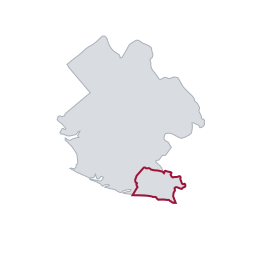 Gabon, with Nyanga highlighted, rotated 320°
{"feature_id": "GAB-2623", "entity_name": "Nyanga", "entity_type": "Province", "adm_level": 1, "iso_a3": "GAB", "parent_name": "Gabon", "parent_adm1": "", "projection": "natural_earth1", "projection_center": [11.138, -3.095], "detail": "fine", "context": "in_parent", "style": "outline", "palette": "rose", "viewbox_px": 256, "rotation_deg": 320, "n_neighbors": 0, "source": "natural_earth", "source_scale": "10m", "svg_char_len": 4970}
<svg xmlns="http://www.w3.org/2000/svg" viewBox="0 0 256 256"><g transform="rotate(320 128 128)"><path d="M169.5,44.0L169.3,46.0L167.4,50.8L166.5,54.5L166.3,58.5L166.8,61.7L167.7,63.9L168.3,66.4L167.9,68.1L167.0,68.9L167.6,69.8L169.0,70.0L171.4,69.2L175.1,67.9L179.9,66.0L183.1,64.9L188.3,65.6L191.1,66.3L192.5,67.7L194.1,73.3L194.8,74.2L196.1,76.6L197.2,79.5L197.4,81.0L197.3,82.1L196.2,83.6L195.0,86.0L194.6,87.4L193.6,88.4L192.3,89.4L188.8,89.8L188.3,90.4L187.3,92.9L185.5,95.0L184.6,96.9L183.9,99.6L184.0,102.8L183.7,107.5L183.3,110.7L184.2,111.8L188.4,112.6L189.2,113.2L190.3,115.2L191.7,117.0L195.6,118.2L197.0,119.6L198.3,121.1L198.4,122.4L197.5,127.5L196.7,132.4L197.0,136.1L197.3,139.6L197.8,144.8L197.6,148.0L196.5,149.9L196.5,151.4L197.0,153.2L196.0,158.2L195.4,159.1L193.7,160.0L192.8,161.4L192.5,163.5L191.6,166.4L190.6,167.5L190.6,168.8L191.6,169.8L191.5,171.3L189.8,173.1L188.8,174.5L186.5,175.2L183.9,174.5L183.3,173.5L183.9,171.9L183.7,170.7L182.8,169.3L181.4,166.0L180.2,165.2L179.5,166.6L177.4,169.2L173.6,172.5L171.0,172.8L166.2,171.8L162.1,170.2L160.2,166.3L159.0,163.1L157.3,159.4L155.3,157.7L153.3,156.5L152.3,156.5L149.4,158.5L148.5,159.3L148.5,161.1L148.8,162.7L149.2,163.5L149.6,164.5L149.5,166.1L149.0,168.3L148.8,170.6L139.5,173.0L137.9,172.1L136.7,171.1L135.3,171.3L131.3,172.5L129.8,171.6L128.3,171.0L127.7,171.5L127.6,172.5L128.3,178.1L128.1,180.3L127.2,183.0L126.7,184.9L129.1,185.5L130.0,186.3L130.9,187.8L132.1,189.1L132.2,189.9L130.8,191.3L130.4,193.1L131.0,194.5L132.7,196.0L135.1,197.5L136.3,198.5L136.2,199.4L135.1,201.4L134.6,203.0L133.9,204.5L134.0,205.9L135.1,207.2L135.0,208.3L134.3,209.2L132.7,209.0L131.4,209.1L130.3,208.8L126.7,204.3L125.9,204.2L120.6,207.6L119.3,209.0L118.2,211.0L116.7,215.4L114.4,212.8L112.3,208.2L109.9,205.4L104.8,200.8L103.5,197.4L97.7,189.9L89.4,182.4L83.3,176.0L82.4,174.5L83.5,174.7L89.3,177.9L90.0,177.6L90.7,176.8L88.2,175.2L85.8,173.8L83.6,173.0L81.3,173.1L80.1,171.7L79.2,169.6L78.8,167.8L77.8,166.0L74.6,162.1L73.9,160.6L72.1,158.6L73.2,158.3L76.6,160.3L76.9,159.5L76.6,158.4L73.2,156.5L71.3,156.4L70.9,155.1L71.1,153.6L68.7,148.0L66.1,143.8L65.7,141.9L72.6,151.0L73.5,151.1L74.7,151.0L77.6,150.0L77.0,148.8L75.8,147.5L74.5,148.1L72.9,148.2L72.0,147.7L71.7,146.7L73.3,142.3L72.6,142.5L72.1,143.3L71.2,143.7L69.8,143.9L66.4,141.6L63.4,135.2L62.6,133.9L61.8,131.6L61.0,130.7L57.6,121.6L58.9,122.3L60.5,124.9L63.5,124.4L64.7,122.8L65.8,122.9L66.8,122.6L68.2,121.1L72.1,114.9L73.1,106.6L72.8,101.7L72.2,96.8L73.5,95.3L74.0,96.3L74.2,98.0L74.8,99.3L76.2,100.4L78.8,100.8L82.8,102.6L84.2,103.7L84.6,101.4L89.2,99.5L87.8,98.8L83.8,99.5L78.1,96.6L76.3,94.7L74.5,91.2L72.7,89.4L72.9,87.7L76.9,86.2L78.0,86.4L78.4,88.2L79.5,88.9L79.9,88.7L80.1,87.1L80.1,83.0L78.9,77.0L79.2,75.9L80.3,75.4L81.3,74.6L82.0,74.5L83.4,74.6L84.1,76.0L84.4,76.8L85.8,77.1L86.9,77.9L87.9,77.7L88.7,76.8L89.9,76.6L93.6,76.7L96.9,76.7L103.5,76.7L110.1,76.7L116.8,76.7L121.7,76.8L121.7,73.4L121.7,68.1L121.7,61.9L121.6,55.9L121.6,50.4L121.6,43.8L121.9,42.0L122.2,41.2L122.1,40.1L127.2,40.0L136.5,40.5L140.5,40.5L141.7,40.5L146.7,40.2L150.9,40.6L152.6,41.1L154.2,41.3L159.1,41.6L165.5,41.2L167.7,41.3L168.9,42.2L169.5,44.0Z" fill="#d9dde1" stroke="#a8b0b8" stroke-width="1"/><path d="M126.6,184.0L126.4,185.1L126.5,185.8L126.9,185.7L127.9,184.9L128.6,184.7L129.1,184.8L129.5,185.4L130.3,186.8L132.2,189.1L132.5,189.7L132.5,190.3L131.9,190.7L131.4,190.8L131.0,190.8L130.8,190.9L130.5,191.6L130.3,192.1L130.3,194.1L130.3,194.3L130.5,194.6L130.7,194.8L132.1,195.4L132.6,195.8L133.6,196.7L134.5,197.2L135.6,197.6L136.6,198.1L136.8,199.0L136.5,199.6L135.5,200.5L135.1,201.2L133.7,205.0L133.7,205.6L133.9,206.2L134.4,206.6L135.0,206.8L135.5,207.1L135.6,207.7L135.4,208.3L135.0,208.9L134.5,209.4L134.1,209.6L133.5,209.6L132.1,209.1L131.7,209.0L130.3,209.2L129.8,209.0L129.4,208.5L127.5,204.9L126.6,204.1L125.3,203.9L124.7,204.4L124.2,205.3L123.7,206.1L122.7,206.5L121.7,206.7L120.9,207.3L120.2,208.0L119.4,208.6L118.8,209.2L118.4,210.1L116.7,215.1L116.4,216.0L115.9,215.6L115.3,215.2L114.1,213.7L113.7,211.9L113.5,211.4L113.3,210.9L113.2,210.3L113.2,209.7L112.7,209.0L111.9,208.4L108.9,205.4L105.0,202.3L104.8,201.0L104.8,200.6L104.9,200.1L105.0,199.5L104.9,198.9L104.7,198.4L104.3,198.1L103.8,197.7L103.1,197.1L102.7,196.8L102.6,196.3L101.7,195.1L101.4,194.7L100.9,194.1L100.2,193.3L97.7,190.8L94.6,188.0L93.3,186.8L90.2,184.2L88.7,182.7L88.3,182.4L89.2,182.1L96.4,179.6L96.9,179.6L97.1,179.5L97.4,179.1L97.5,178.8L97.7,177.6L97.8,177.3L97.9,177.0L98.2,176.7L98.6,176.4L98.9,176.2L99.2,176.2L99.4,176.0L99.4,175.8L99.3,175.6L99.0,175.0L98.9,174.7L99.0,174.4L99.1,174.1L99.4,173.6L99.7,172.9L100.5,172.1L104.0,170.1L114.5,168.5L114.9,168.6L115.2,168.8L115.4,169.0L115.6,169.3L115.7,169.5L115.8,169.8L115.9,170.1L115.9,170.4L116.1,170.6L116.3,170.9L118.3,172.3L118.5,172.6L118.6,172.8L119.0,174.8L119.2,175.0L119.6,175.5L121.0,177.4L123.0,179.2L124.9,181.5L126.6,184.0L126.6,184.0Z" fill="none" stroke="#9f1239" stroke-width="2"/></g></svg>